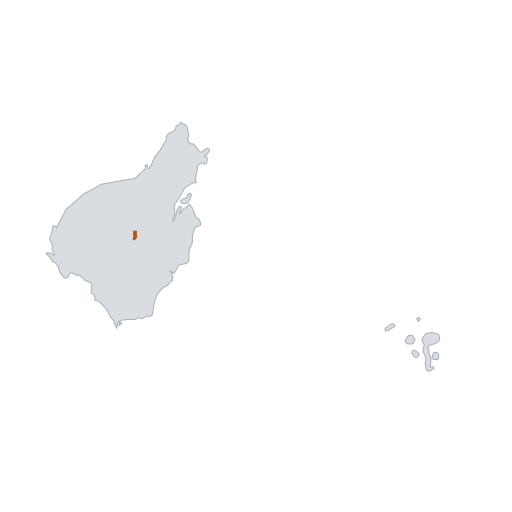 San Pedro de Pelileo, Tungurahua, Ecuador (highlighted), rotated 196°
{"feature_id": "8360857B2847558667695", "entity_name": "San Pedro de Pelileo", "entity_type": "district", "adm_level": 2, "iso_a3": "ECU", "parent_name": "Ecuador", "parent_adm1": "Tungurahua", "projection": "equal_earth", "projection_center": [-78.53, -1.357], "detail": "fine", "context": "in_parent", "style": "filled", "palette": "amber", "viewbox_px": 512, "rotation_deg": 196, "n_neighbors": 0, "source": "geoboundaries", "source_scale": "gbopen_adm2", "svg_char_len": 5176}
<svg xmlns="http://www.w3.org/2000/svg" viewBox="0 0 512 512"><g transform="rotate(196 256 256)"><path d="M458.6,200.5L457.2,201.7L453.9,202.2L451.2,201.1L450.1,201.1L450.0,202.2L453.5,205.3L455.1,210.6L457.6,213.9L459.2,215.5L459.2,216.7L458.8,218.8L458.6,220.6L459.5,228.8L458.9,229.3L457.0,229.3L455.6,227.9L451.5,248.2L438.6,268.3L424.0,282.6L407.1,290.9L394.7,296.6L392.8,298.8L386.7,308.9L386.4,309.9L387.3,311.7L387.3,312.8L386.4,313.4L385.6,313.6L385.3,313.0L385.0,311.8L384.2,310.5L383.2,310.2L382.7,310.5L382.6,311.6L381.4,317.1L381.3,319.7L380.8,320.8L380.8,323.2L379.6,325.4L378.6,329.0L377.6,330.2L376.3,335.9L374.4,341.5L374.3,343.4L374.9,344.8L375.1,345.9L374.2,349.4L369.9,352.8L368.8,354.5L368.3,356.3L368.6,357.9L368.5,359.3L367.1,359.8L365.6,363.0L364.6,363.7L361.8,362.6L359.8,362.6L358.3,361.6L355.2,356.2L354.0,353.0L353.7,348.6L350.6,345.8L346.7,346.5L345.5,345.5L342.6,343.6L340.1,341.5L338.2,340.5L336.8,341.0L334.4,344.5L332.2,346.1L331.2,346.0L329.8,345.0L329.6,343.7L332.9,337.6L330.4,337.5L329.6,336.1L329.5,334.6L329.0,332.9L329.5,330.9L330.8,329.9L332.8,330.7L334.2,330.8L335.1,328.9L336.9,327.5L337.2,326.5L336.3,323.5L336.0,321.9L336.3,321.0L336.2,317.7L335.6,316.5L335.6,314.7L335.1,313.7L334.9,311.4L333.6,310.2L337.7,308.1L339.2,306.4L341.0,304.8L342.6,302.5L343.6,300.2L346.1,289.8L348.4,283.2L348.0,280.0L346.1,275.7L345.6,269.4L345.8,267.5L345.6,266.1L344.3,268.7L344.6,278.0L343.5,282.1L341.9,283.1L340.9,282.4L341.5,275.6L340.3,276.9L338.5,281.5L335.5,284.9L335.3,286.0L334.6,287.4L332.3,286.1L330.5,284.7L324.7,277.1L320.8,275.5L318.5,272.8L318.1,271.7L317.8,270.1L320.1,268.5L322.5,266.4L322.8,261.6L322.7,257.9L320.9,251.5L321.8,243.2L321.3,239.9L319.3,233.0L320.8,229.6L326.2,227.0L327.9,225.3L329.1,219.8L330.3,216.5L332.7,217.9L334.6,217.7L332.1,216.5L330.0,211.5L329.7,209.3L333.7,202.5L335.8,200.8L338.3,197.2L340.5,191.8L341.0,183.3L340.1,177.2L339.5,170.7L340.7,169.1L344.0,168.2L346.7,166.1L348.1,164.2L351.2,164.5L354.9,161.5L360.8,160.1L368.9,156.7L370.7,153.7L369.9,148.3L373.0,151.6L374.3,154.1L378.6,156.9L383.5,162.0L386.8,164.6L390.3,166.9L395.5,169.4L398.6,169.0L400.0,172.8L401.1,173.9L404.1,175.2L404.5,175.7L405.6,182.8L406.2,183.8L408.8,184.9L412.0,185.4L413.2,185.1L416.0,187.1L420.3,188.7L421.8,188.9L422.5,188.6L422.8,187.9L424.0,188.0L425.9,188.9L428.6,189.1L430.3,188.2L430.6,184.3L431.2,183.4L433.2,182.0L434.2,182.3L439.2,185.4L440.2,186.5L441.5,188.7L443.9,191.9L446.4,194.0L450.4,194.9L454.2,198.3L458.6,200.5ZM62.0,196.1L63.5,198.3L64.4,204.4L69.4,210.9L70.0,214.5L69.5,216.2L69.8,216.9L72.2,219.4L73.7,222.1L71.1,228.4L65.5,231.1L59.5,231.0L58.4,230.3L56.8,227.9L56.5,225.7L57.4,223.7L60.5,220.6L65.2,217.8L65.7,215.7L63.9,213.6L62.6,209.5L59.6,206.6L58.1,197.8L57.1,197.3L55.1,198.5L54.1,197.5L53.9,196.9L56.1,194.9L56.6,193.5L59.8,192.8L61.2,193.9L62.0,196.1ZM85.3,222.8L84.0,222.8L80.1,219.6L80.4,216.4L81.9,214.3L86.9,213.2L89.0,215.2L88.8,219.0L87.1,221.8L85.7,222.3L85.3,222.8ZM338.4,296.3L337.9,297.6L335.6,297.5L334.9,297.1L335.5,290.9L336.1,289.0L338.0,287.1L339.7,286.2L341.7,286.3L343.9,288.1L341.3,291.2L339.3,292.1L338.4,296.3ZM58.2,212.4L55.7,213.0L53.6,211.8L52.7,210.0L52.5,207.4L52.7,206.5L57.3,205.5L58.8,207.8L58.8,211.0L58.2,212.4ZM108.0,227.4L105.1,228.8L103.4,227.5L103.3,226.7L104.9,224.6L106.5,223.5L107.9,221.1L110.5,219.7L111.2,220.0L111.7,220.5L111.9,221.3L111.1,223.2L109.5,224.6L108.0,227.4ZM79.3,208.1L78.2,209.1L73.5,208.0L72.0,206.0L73.2,203.4L74.2,202.3L77.0,203.3L79.8,206.3L79.3,208.1ZM83.1,241.8L82.1,241.8L80.7,240.4L81.7,237.8L83.7,239.2L84.2,240.2L83.1,241.8ZM368.7,155.1L367.3,155.4L366.7,153.8L368.4,151.9L368.9,151.5L368.7,155.1Z" fill="#d9dde1" stroke="#a8b0b8" stroke-width="1"/><path d="M376.5,241.2L376.4,241.3L376.5,241.4L376.4,241.4L376.5,241.5L376.6,241.8L376.6,242.1L376.8,242.3L376.9,242.5L377.0,242.7L377.0,242.8L377.1,243.0L377.3,243.2L377.2,243.2L377.2,243.3L377.2,243.5L377.2,243.8L377.1,243.7L377.1,243.8L377.2,244.0L377.2,244.3L377.3,244.3L377.4,244.5L377.5,244.5L377.7,244.8L377.8,244.9L377.8,245.0L377.7,245.2L377.7,245.3L377.8,245.5L377.8,245.8L377.9,246.0L377.9,246.3L377.9,246.5L378.0,246.5L378.0,246.4L378.1,246.2L378.3,246.1L378.5,246.2L378.6,245.8L378.6,245.7L378.7,245.4L378.7,245.2L378.8,245.0L378.8,244.9L378.9,245.0L379.0,245.1L379.0,245.3L379.3,245.4L379.3,245.5L379.5,245.6L379.8,245.8L380.1,246.0L380.1,245.8L380.0,245.7L379.9,245.4L379.8,245.2L379.7,244.9L379.6,244.7L379.5,244.4L379.4,244.3L379.4,244.2L379.5,243.9L379.5,243.7L379.4,243.7L379.3,243.4L379.3,243.2L379.2,243.2L378.9,243.1L379.0,243.1L379.0,242.9L379.1,242.7L379.1,242.4L378.9,242.3L378.9,242.1L378.8,241.9L378.7,241.9L378.6,241.5L378.6,241.4L378.5,241.2L378.4,241.0L378.4,240.9L378.4,240.7L378.4,240.4L378.5,240.2L378.5,239.9L378.6,239.7L378.6,239.3L378.5,239.2L378.4,239.1L378.4,238.9L378.4,238.7L378.3,238.4L378.2,238.3L377.9,238.2L377.7,238.2L377.7,238.3L377.5,238.5L377.5,238.8L377.4,238.9L377.5,238.9L377.5,239.0L377.4,239.0L377.3,239.3L377.2,239.4L377.2,239.5L377.1,239.8L377.0,240.0L376.9,240.2L376.9,240.3L376.9,240.5L377.0,240.7L376.9,240.8L376.7,240.7L376.6,240.8L376.5,241.0L376.5,241.2Z" fill="#f59e0b" stroke="#b45309" stroke-width="1.5"/></g></svg>